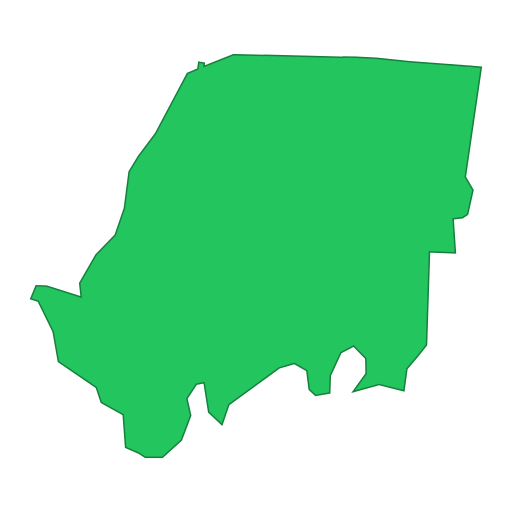 outline of Sumner, Tennessee, United States of America
{"feature_id": "52423323B49369040245103", "entity_name": "Sumner", "entity_type": "district", "adm_level": 2, "iso_a3": "USA", "parent_name": "United States of America", "parent_adm1": "Tennessee", "projection": "robinson", "projection_center": [-86.465, 36.449], "detail": "fine", "context": "isolated", "style": "filled", "palette": "green", "viewbox_px": 512, "rotation_deg": 0, "n_neighbors": 0, "source": "geoboundaries", "source_scale": "gbopen_adm2", "svg_char_len": 989}
<svg xmlns="http://www.w3.org/2000/svg" viewBox="0 0 512 512"><path d="M481.3,67.2L472.5,66.5L472.3,66.4L470.1,66.2L467.6,66.1L409.2,61.7L376.7,58.3L355.4,57.2L343.3,57.0L342.3,57.3L312.5,56.5L265.7,55.3L262.6,55.4L261.6,55.4L233.5,54.7L204.0,66.4L204.3,63.1L198.8,62.2L197.8,69.0L187.4,73.4L155.6,133.4L138.6,156.1L129.1,171.7L124.4,208.2L115.2,235.0L96.0,254.8L79.7,283.1L81.2,297.1L46.6,286.1L36.1,285.8L30.7,298.8L38.2,301.2L53.1,331.6L58.4,361.6L96.3,387.5L101.3,402.5L123.2,414.7L125.6,447.4L138.9,453.2L145.3,457.3L162.4,457.3L181.4,440.1L190.7,415.5L186.9,398.6L196.4,384.2L204.1,382.7L208.7,412.2L222.0,424.7L228.8,404.7L279.4,367.8L294.3,363.5L306.8,370.6L309.2,389.5L315.5,395.4L329.7,393.0L330.3,375.6L340.9,352.7L353.6,346.0L365.8,358.5L366.1,373.6L353.1,391.7L379.0,384.5L403.9,390.8L406.9,368.8L417.7,356.1L426.5,345.0L429.5,251.9L455.4,252.9L453.1,218.8L462.6,217.7L467.6,214.3L473.0,190.1L465.3,176.9L481.3,67.2Z" fill="#22c55e" stroke="#15803d" stroke-width="1.5"/></svg>